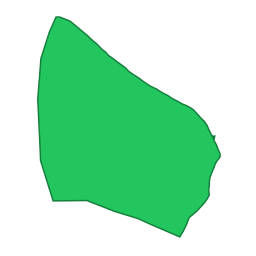 the district of Independence City, Castries, Saint Lucia, rotated 7°
{"feature_id": "8701671B64940786723478", "entity_name": "Independence City", "entity_type": "district", "adm_level": 2, "iso_a3": "LCA", "parent_name": "Saint Lucia", "parent_adm1": "Castries", "projection": "natural_earth1", "projection_center": [-60.978, 14.002], "detail": "fine", "context": "isolated", "style": "filled", "palette": "green", "viewbox_px": 256, "rotation_deg": 7, "n_neighbors": 0, "source": "geoboundaries", "source_scale": "gbopen_adm2", "svg_char_len": 1219}
<svg xmlns="http://www.w3.org/2000/svg" viewBox="0 0 256 256"><g transform="rotate(7 128 128)"><path d="M212.8,126.0L210.3,122.6L208.6,120.0L206.2,115.9L202.7,111.9L199.5,109.6L196.4,106.8L193.2,104.1L190.0,101.5L186.1,99.8L183.4,98.7L179.1,97.6L174.2,95.5L171.0,94.4L167.0,92.7L163.3,90.8L159.2,89.4L155.1,87.6L151.5,85.8L148.3,84.8L144.5,83.5L140.3,81.3L136.5,79.4L133.2,77.4L128.7,75.2L125.1,73.4L121.7,71.6L118.3,68.7L113.1,65.8L107.3,62.5L104.6,60.9L99.8,58.4L96.5,55.4L92.7,53.2L86.0,47.8L83.1,46.1L79.3,43.4L76.8,41.4L71.3,37.9L69.4,36.7L68.3,35.9L57.5,29.0L46.8,26.2L43.1,26.6L40.3,35.7L38.3,42.2L36.3,52.8L33.1,69.7L33.9,86.5L34.9,110.2L43.8,162.4L44.1,164.2L45.2,171.0L56.2,195.4L62.6,209.5L66.8,208.9L71.4,208.3L95.9,205.0L124.9,212.4L134.4,214.1L149.0,216.7L162.6,221.0L164.7,221.6L192.7,229.8L195.5,223.5L196.6,220.3L198.0,216.2L199.6,209.5L202.3,206.6L204.5,204.2L207.2,201.1L210.1,197.0L213.0,192.9L215.0,189.2L216.8,184.8L215.6,179.0L215.8,175.5L215.3,171.3L215.4,167.2L216.8,161.3L218.1,157.0L218.7,153.9L220.0,150.5L222.9,145.5L222.5,142.3L219.6,137.6L217.8,133.9L215.2,130.4L212.8,126.0ZM212.8,126.0L214.8,128.4L215.1,125.4L212.8,126.0Z" fill="#22c55e" stroke="#15803d" stroke-width="1.5"/></g></svg>